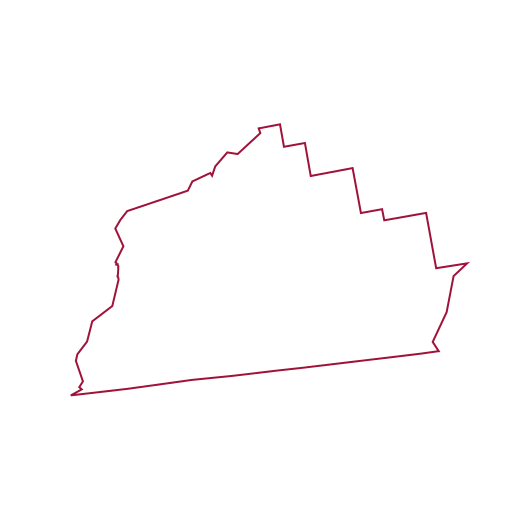 the district of Gadsden, Florida, United States of America, rotated 170°
{"feature_id": "52423323B51535248954707", "entity_name": "Gadsden", "entity_type": "district", "adm_level": 2, "iso_a3": "USA", "parent_name": "United States of America", "parent_adm1": "Florida", "projection": "natural_earth1", "projection_center": [-84.522, 30.55], "detail": "fine", "context": "isolated", "style": "outline", "palette": "rose", "viewbox_px": 512, "rotation_deg": 170, "n_neighbors": 0, "source": "geoboundaries", "source_scale": "gbopen_adm2", "svg_char_len": 1010}
<svg xmlns="http://www.w3.org/2000/svg" viewBox="0 0 512 512"><g transform="rotate(170 256 256)"><path d="M400.2,147.3L340.6,145.1L302.1,142.2L299.3,142.0L256.8,139.6L256.7,139.6L232.3,138.0L110.5,131.2L93.4,130.6L92.6,130.5L96.9,140.7L78.0,167.6L64.9,201.9L49.4,212.1L80.7,212.7L81.0,268.9L123.5,268.9L123.7,280.2L145.2,280.1L145.6,325.8L188.2,325.3L188.2,358.8L209.5,358.7L209.5,381.5L231.2,381.2L230.4,376.3L256.4,359.6L266.3,363.0L280.6,351.3L285.3,342.7L286.6,345.7L305.7,340.5L311.8,332.2L375.0,322.6L383.0,315.4L389.8,307.5L384.9,288.6L395.5,274.3L395.4,273.9L394.7,273.4L394.6,272.9L394.6,272.3L395.1,271.8L394.7,271.6L393.7,271.8L393.7,270.8L393.4,270.2L393.4,269.2L393.8,268.5L393.8,267.3L394.3,265.6L394.9,262.8L395.5,261.2L395.5,260.6L395.9,260.3L396.0,259.7L395.6,259.4L395.4,258.7L395.5,256.3L395.9,255.5L406.2,231.7L428.6,220.1L437.2,201.1L449.0,190.2L451.6,184.0L448.2,162.6L452.8,157.5L450.8,154.9L462.6,150.9L403.9,147.4L400.2,147.3Z" fill="none" stroke="#9f1239" stroke-width="2"/></g></svg>